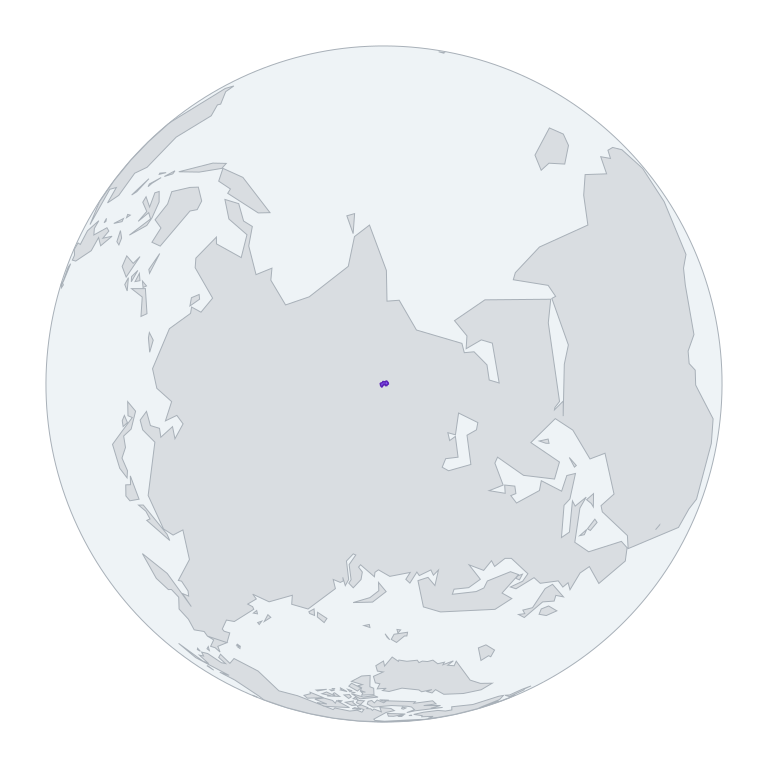 Nuristan highlighted on a globe, orthographic projection, rotated 189°
{"feature_id": "AFG-1761", "entity_name": "Nuristan", "entity_type": "Province", "adm_level": 1, "iso_a3": "AFG", "parent_name": "Afghanistan", "parent_adm1": "", "projection": "orthographic", "projection_center": [70.816, 35.467], "detail": "fine", "context": "on_globe", "style": "filled", "palette": "violet", "viewbox_px": 768, "rotation_deg": 189, "n_neighbors": 0, "source": "natural_earth", "source_scale": "10m", "svg_char_len": 12445}
<svg xmlns="http://www.w3.org/2000/svg" viewBox="0 0 768 768"><g transform="rotate(189 384 384)"><circle cx="384" cy="384" r="338" fill="#eef3f6" stroke="#a8b0b8"/><path d="M453.3,53.3L459.1,56.4L485.1,68.3L501.1,73.6L491.4,72.0L527.2,84.3L546.3,95.7L519.8,82.1L513.4,80.4L523.9,87.3L519.6,87.1L522.2,90.7L516.0,90.2L501.0,83.3L496.8,83.1L504.5,88.1L503.2,91.5L492.5,84.0L489.2,89.4L463.5,80.8L439.8,64.5L420.7,62.6L383.3,54.5L381.8,56.3L366.7,55.6L359.4,57.6L354.5,56.4L352.9,59.3L358.7,60.1L359.9,61.8L356.1,63.4L349.3,61.8L350.2,60.7L346.2,61.1L344.4,59.8L343.1,61.4L335.3,59.8L337.4,63.8L326.4,64.6L322.7,63.0L330.6,59.9L341.6,51.4L340.4,50.3L330.7,51.0L296.6,58.2L292.1,59.0L280.5,62.3L279.5,62.9L288.2,60.6L283.5,63.4L294.7,61.2L294.5,62.4L303.0,62.3L293.6,66.0L279.8,70.0L272.2,70.6L266.0,72.7L266.6,75.8L246.2,81.3L221.7,93.6L217.3,95.1L220.5,90.4L237.2,80.4L240.5,78.1L262.8,68.6L285.7,60.7L309.1,54.5L332.9,50.0L356.9,47.2L381.1,46.1L405.3,46.8L429.4,49.1L453.3,53.3ZM239.0,78.8L230.4,83.7L219.6,88.9L214.3,91.9L210.1,94.5L211.0,94.4L205.6,97.5L211.2,93.6L217.3,90.1L216.6,90.5L218.6,89.3L239.0,78.8ZM462.7,55.4L464.1,55.7L465.3,56.1L460.0,54.9L461.4,55.1L462.7,55.4ZM513.6,78.0L507.4,74.7L514.9,78.1L513.6,78.0ZM523.6,91.3L526.8,92.5L526.8,93.9L523.6,91.3ZM307.6,60.4L305.3,61.3L304.9,60.8L307.6,60.4ZM313.4,59.6L314.5,58.4L317.5,57.9L316.7,58.7L313.4,59.6ZM517.4,94.8L516.5,97.2L514.8,93.4L517.4,94.8ZM311.3,61.4L322.5,57.3L327.7,56.6L329.1,59.1L311.3,61.4ZM514.2,97.8L512.2,104.6L519.0,107.4L498.6,104.0L507.1,98.9L504.0,93.6L509.5,97.1L514.2,97.8ZM362.2,59.8L355.8,58.9L364.6,58.3L362.2,59.8ZM367.5,59.0L392.9,56.3L400.4,58.9L390.4,59.0L403.0,61.9L394.2,64.4L385.3,63.4L382.2,61.1L381.2,63.9L367.5,59.0ZM487.6,101.5L484.9,102.4L484.9,100.2L487.6,101.5ZM361.1,62.5L365.5,61.5L372.4,63.6L364.7,66.1L364.9,64.5L361.1,62.5ZM410.6,61.7L414.3,64.0L408.2,66.6L408.8,68.0L394.6,64.7L410.6,61.7ZM361.4,64.9L360.6,67.4L353.9,68.0L357.2,63.7L361.4,64.9ZM377.4,63.2L380.2,64.4L376.1,64.5L377.4,63.2ZM329.8,72.5L334.9,70.6L338.9,71.4L329.8,72.5ZM360.7,68.4L363.0,68.2L365.2,68.4L363.3,70.3L360.7,68.4ZM391.3,67.0L387.9,67.8L396.8,68.4L392.6,70.8L383.8,68.4L385.8,70.5L384.5,71.3L378.9,68.5L391.3,67.0ZM367.8,73.1L355.3,71.6L344.8,74.6L340.9,73.8L358.5,69.3L367.8,73.1ZM374.8,70.6L369.6,71.9L367.4,69.9L369.7,67.9L374.8,70.6ZM392.8,73.5L401.6,70.4L403.2,71.1L392.8,73.5ZM365.2,74.3L368.3,74.7L364.7,74.7L365.2,74.3ZM384.8,74.0L387.7,72.7L389.4,73.5L384.8,74.0ZM372.1,76.8L368.0,76.1L369.4,74.6L372.1,76.8ZM378.2,75.8L380.0,77.2L372.3,74.4L379.2,75.0L378.2,75.8ZM386.0,75.0L388.0,75.1L384.6,75.5L386.0,75.0ZM369.2,83.4L359.2,80.2L362.2,76.6L371.5,80.1L369.2,83.4ZM51.4,376.5L57.3,319.2L63.3,308.3L70.7,288.4L117.1,259.6L119.9,272.4L148.4,291.9L150.6,297.8L139.6,311.3L154.9,350.2L168.8,342.2L190.3,368.0L209.4,376.6L229.8,349.1L198.5,334.4L200.7,316.8L231.9,315.6L260.4,329.5L262.1,323.2L250.5,302.8L263.5,295.1L247.2,295.0L249.0,303.1L238.8,303.6L236.6,296.4L241.3,293.6L234.5,287.2L213.8,303.1L213.5,313.1L191.8,305.9L189.1,322.2L180.9,325.6L182.4,299.5L187.2,292.4L184.7,260.1L177.7,266.7L179.6,298.0L176.1,293.3L166.6,303.9L171.1,292.1L170.8,257.5L155.6,250.3L124.9,265.7L118.3,260.3L118.0,246.9L140.6,220.6L152.6,235.8L160.8,228.0L168.1,209.9L171.1,216.5L175.6,211.4L181.1,216.8L198.5,211.6L205.5,216.2L221.6,202.4L227.4,203.3L216.2,210.9L212.2,219.1L230.9,231.7L237.2,230.7L246.2,221.1L250.2,226.3L256.4,215.5L271.7,218.7L258.3,206.2L268.5,196.1L282.7,192.3L283.6,187.0L260.5,193.4L253.4,198.2L251.1,205.6L229.7,218.4L221.3,216.8L234.7,196.0L224.2,192.1L239.1,178.8L292.6,167.7L310.2,170.0L319.7,195.1L310.3,199.9L302.2,192.9L301.1,208.8L305.3,202.9L308.6,207.7L319.2,200.3L322.1,203.4L327.3,191.4L331.9,194.5L328.6,202.0L348.2,194.9L360.4,199.6L363.5,196.6L363.3,192.1L378.9,201.8L380.5,199.2L376.0,194.9L376.1,187.3L382.5,177.9L387.6,181.8L385.9,185.6L390.2,200.2L385.1,210.7L387.8,211.4L393.4,203.3L388.3,185.4L390.7,178.8L394.5,186.6L393.3,183.2L396.1,181.2L403.6,183.0L400.0,174.3L423.8,149.9L440.7,152.0L441.5,161.0L463.4,150.9L480.8,155.9L476.5,151.7L484.2,145.3L478.9,143.5L477.4,141.1L494.7,126.0L502.7,126.2L505.4,116.7L503.2,114.8L497.4,114.0L498.6,104.0L519.0,107.4L522.9,111.4L533.0,111.5L540.4,121.1L551.2,129.7L553.4,141.3L561.8,147.8L564.8,147.2L578.5,156.4L596.1,178.7L568.5,163.0L539.5,134.0L550.2,145.5L543.8,144.0L545.2,149.0L553.1,157.6L556.4,157.8L548.7,180.2L559.8,208.4L568.7,201.8L579.1,206.4L599.5,237.0L601.2,290.7L615.1,300.9L619.2,310.2L614.3,319.8L608.2,306.4L598.8,305.1L596.1,296.5L586.2,308.8L581.9,297.2L576.2,313.2L583.7,320.6L594.1,313.4L591.0,333.4L607.7,344.2L615.0,362.9L604.6,405.1L586.1,423.5L586.1,429.9L576.0,426.3L566.7,442.0L588.7,469.3L589.5,478.9L572.5,502.9L571.4,496.2L544.8,486.5L542.7,510.0L563.0,522.7L570.0,541.4L555.7,539.4L548.2,523.0L538.7,519.0L539.2,499.2L527.5,472.0L512.8,480.9L512.0,468.8L493.6,446.7L471.5,458.4L437.7,494.6L436.2,525.0L423.2,538.7L399.4,496.5L394.0,466.3L382.1,469.1L360.4,442.4L313.4,436.3L309.6,427.5L300.1,429.9L285.3,419.0L280.7,404.4L270.4,403.0L283.4,441.3L294.8,442.8L308.4,431.7L309.6,444.5L324.3,457.6L297.5,482.9L232.6,493.8L231.3,470.1L207.9,394.2L211.5,387.6L211.6,386.7L211.6,385.1L204.3,395.2L202.0,380.3L209.0,431.7L208.0,451.4L231.6,494.8L228.2,497.4L237.3,507.1L272.6,507.2L271.7,514.5L251.9,543.6L207.5,572.9L216.3,601.7L218.1,622.3L197.0,626.4L205.5,642.4L195.6,642.2L199.4,649.9L195.2,653.4L185.7,652.6L162.3,637.4L155.5,629.8L135.8,607.9L106.0,559.2L106.3,545.3L101.9,528.9L85.6,481.3L88.8,464.1L85.8,451.9L78.8,446.4L76.0,431.7L72.3,426.6L53.5,401.1L51.4,376.5ZM93.0,282.6L89.7,287.9L89.7,288.0L93.0,282.6ZM285.3,360.6L305.8,367.0L305.5,345.0L313.3,345.9L310.3,338.4L305.3,343.4L299.4,323.3L311.4,319.9L313.5,310.9L306.7,308.4L285.6,318.1L294.0,346.4L285.5,353.2L285.3,360.6ZM219.1,89.2L218.2,89.7L213.2,92.7L214.2,92.0L219.1,89.2ZM199.8,104.1L191.5,108.8L198.0,104.6L197.7,103.9L211.1,94.9L215.8,95.5L211.3,96.5L199.8,104.1ZM230.2,84.1L221.2,89.0L230.9,83.7L230.2,84.1ZM194.8,180.8L193.5,186.4L186.7,190.5L177.8,187.0L187.5,180.7L194.8,180.8ZM193.2,193.6L208.9,175.3L215.1,177.4L209.0,179.2L211.5,182.4L202.3,186.3L192.8,207.2L186.2,212.5L173.4,201.8L181.2,202.1L182.0,196.2L193.2,193.6ZM238.2,132.0L245.0,126.1L249.5,138.1L242.5,142.3L233.2,138.5L235.9,131.3L238.2,132.0ZM311.6,67.5L313.9,65.9L315.8,66.1L315.4,67.7L311.6,67.5ZM331.9,71.5L303.3,75.1L304.6,73.3L286.4,78.7L282.5,76.2L294.5,72.6L277.9,75.3L287.1,71.1L275.5,73.7L302.5,66.0L310.1,63.0L303.0,67.1L306.3,69.3L310.0,69.4L326.3,67.6L344.3,63.1L350.5,65.3L350.0,68.1L346.6,69.5L343.7,67.5L341.3,70.8L334.4,69.1L331.9,71.5ZM341.2,110.3L339.3,105.5L333.2,115.6L326.4,112.3L326.1,113.7L318.1,113.7L307.9,116.4L305.9,114.3L302.8,116.3L297.5,116.7L292.5,118.9L287.2,116.1L280.8,118.7L281.9,115.9L272.2,121.4L277.1,116.2L270.6,116.7L269.3,121.5L252.6,105.0L241.9,103.4L230.3,105.4L240.2,97.2L257.3,90.7L276.4,86.9L285.3,90.2L288.2,86.4L293.3,86.9L288.9,89.7L298.7,85.9L301.7,87.3L318.7,86.4L330.9,81.1L337.5,81.0L334.2,83.8L343.0,81.8L341.2,87.3L345.8,87.5L348.7,93.6L339.7,99.5L345.6,99.4L348.0,104.5L341.2,110.3ZM369.6,85.2L360.4,92.1L352.1,94.0L350.6,82.8L346.6,81.9L345.3,75.6L357.4,73.2L356.6,75.1L358.7,76.5L354.1,76.7L359.3,77.6L358.5,80.4L362.3,82.0L358.3,83.7L369.6,85.2ZM158.0,295.3L160.6,298.4L165.8,301.4L159.9,308.5L158.0,295.3ZM157.3,271.6L160.4,272.8L154.6,283.5L151.9,280.6L157.3,271.6ZM167.0,264.8L161.0,272.1L162.6,266.5L167.0,264.8ZM219.6,211.7L223.4,212.7L221.9,215.4L217.5,217.8L219.6,211.7ZM321.9,142.5L322.0,138.7L324.4,138.3L331.2,130.7L336.9,132.9L334.9,138.4L321.9,142.5ZM221.7,352.0L213.3,355.3L211.7,351.2L214.9,350.8L221.7,352.0ZM182.9,331.7L189.5,340.4L181.3,333.6L182.9,331.7ZM329.1,143.7L331.3,140.2L332.8,143.6L329.1,143.7ZM341.3,134.3L343.9,137.5L338.4,132.3L341.3,134.3ZM376.7,720.1L382.0,720.7L376.1,720.7L376.7,720.1ZM270.7,633.7L260.7,662.8L246.0,658.9L239.1,648.5L239.9,629.5L255.6,627.9L262.2,619.7L270.7,633.7ZM632.2,558.7L638.8,555.9L638.4,557.2L632.2,558.7ZM625.5,558.5L633.4,554.6L623.8,561.9L625.5,558.5ZM636.4,553.0L644.5,546.0L647.9,542.0L647.0,544.9L636.4,553.0ZM619.9,561.5L587.6,575.4L574.3,577.2L577.9,571.6L599.6,564.4L619.9,561.5ZM576.8,571.8L555.7,566.0L523.4,535.4L535.0,533.3L568.2,547.9L566.2,552.6L579.0,558.5L576.8,571.8ZM625.9,527.9L623.7,540.8L606.4,547.8L598.2,549.4L592.7,536.2L595.8,527.0L602.7,524.5L626.6,485.2L635.4,487.7L628.7,503.2L635.8,510.4L625.9,527.9ZM438.0,527.7L447.0,544.3L439.7,547.7L438.0,527.7ZM634.2,460.4L625.9,477.8L632.9,456.6L634.2,460.4ZM637.1,441.7L638.7,447.9L633.9,443.7L637.1,441.7ZM587.7,439.1L580.6,443.5L579.4,438.9L587.9,430.7L587.7,439.1ZM620.4,378.7L623.9,392.7L623.8,398.1L618.8,391.2L620.4,378.7ZM380.3,163.3L364.5,170.8L356.8,179.0L358.4,187.2L349.4,179.3L361.2,166.8L380.3,163.3ZM417.9,150.9L416.4,144.5L421.5,145.7L422.6,147.3L417.9,150.9ZM413.9,148.1L403.7,143.5L405.8,139.0L413.4,143.5L413.9,148.1ZM366.0,142.3L360.9,144.2L359.8,141.3L366.0,142.3ZM638.1,606.7L634.8,610.1L587.0,651.1L578.9,654.9L586.1,648.0L589.1,634.9L592.2,633.6L596.6,621.9L627.9,595.3L651.9,561.0L663.2,553.2L675.5,528.8L685.4,519.6L679.1,536.2L685.3,533.4L699.3,495.5L693.5,519.6L682.2,543.0L669.2,565.3L654.4,586.6L638.1,606.7ZM648.3,550.0L658.3,535.2L662.8,531.2L648.3,550.0ZM709.8,462.8L711.0,468.4L708.3,475.5L705.8,474.3L700.8,489.0L691.2,500.7L694.4,492.4L693.9,485.8L682.1,495.0L679.7,492.0L684.5,484.0L675.7,487.4L685.5,476.2L688.8,484.0L694.0,469.9L701.6,462.9L707.7,457.2L711.2,457.6L709.8,462.8ZM684.1,501.1L685.7,499.5L684.0,504.2L684.1,501.1ZM718.5,430.1L718.5,431.6L718.3,433.4L718.1,434.5L718.5,430.1ZM712.3,453.8L716.6,435.5L717.3,433.5L714.2,450.1L712.3,453.8ZM716.2,431.7L717.6,428.7L717.9,431.7L717.5,434.0L716.2,431.7ZM664.3,508.0L663.7,511.4L661.0,511.1L664.3,508.0ZM668.1,503.4L676.0,500.3L667.2,506.7L668.1,503.4ZM640.4,510.5L643.2,516.4L652.2,506.2L645.3,517.3L650.7,525.8L648.3,531.7L643.2,522.1L640.2,537.0L636.2,539.0L634.6,528.6L639.1,511.9L643.1,503.5L658.8,491.2L640.4,510.5ZM668.3,494.3L666.0,487.1L667.6,479.9L670.1,482.8L668.3,494.3ZM658.1,470.3L650.6,463.9L644.9,471.7L655.4,449.3L661.0,459.1L658.1,470.3ZM650.1,450.6L644.9,457.7L649.6,445.4L650.1,450.6ZM642.9,455.0L641.2,447.9L645.9,446.2L642.9,455.0ZM653.1,449.1L652.2,435.7L655.6,441.7L653.1,449.1ZM636.4,432.1L648.3,438.7L634.6,440.9L629.1,416.4L634.6,412.7L636.4,432.1ZM635.5,312.3L631.4,305.8L635.0,301.1L636.8,306.8L635.5,312.3ZM642.7,281.9L634.6,297.8L627.4,311.5L631.9,312.6L634.4,326.5L625.1,318.3L626.7,299.9L633.0,291.9L629.4,280.9L631.2,269.9L623.8,258.2L623.1,251.1L631.8,259.4L642.7,281.9ZM620.2,253.6L607.9,231.9L616.7,228.9L621.4,233.0L623.3,244.0L618.6,244.9L620.2,253.6ZM607.5,226.0L602.8,226.8L574.8,201.7L571.1,195.9L597.0,212.2L594.0,214.1L599.3,221.1L607.5,226.0ZM488.2,104.1L485.2,102.6L488.8,102.9L488.2,104.1ZM474.3,140.4L473.0,137.2L477.2,137.3L474.3,140.4ZM471.5,128.6L467.6,130.7L469.6,126.9L471.5,128.6ZM459.3,135.8L465.1,130.7L462.6,138.0L459.3,135.8Z" fill="#d9dde1" stroke="#a8b0b8" stroke-width="1"/><path d="M385.7,380.7L385.9,380.8L386.0,380.9L386.1,381.0L386.4,381.1L386.5,381.2L386.6,381.4L386.7,381.5L386.9,381.7L386.9,381.8L387.1,382.1L387.1,382.3L387.3,382.5L387.3,382.8L387.2,383.0L387.3,383.2L387.6,383.4L387.7,383.5L387.7,383.8L387.7,384.0L387.4,384.3L387.1,384.5L386.8,384.7L386.7,384.7L386.0,384.9L385.9,385.0L385.7,385.3L385.7,385.5L385.5,385.9L385.5,386.1L385.4,386.1L385.2,386.1L385.1,386.3L384.9,386.3L384.8,386.2L384.7,386.2L384.4,386.3L384.2,386.3L383.9,386.3L383.7,386.2L383.4,386.1L383.2,386.0L383.1,386.3L382.8,386.8L382.7,386.9L382.5,387.1L382.2,387.2L381.9,387.3L381.6,387.2L381.4,387.1L381.2,386.9L381.0,386.6L380.9,386.3L380.8,386.2L380.4,386.1L380.2,386.1L380.1,385.8L380.1,385.7L379.9,385.3L379.9,385.0L379.9,384.9L379.7,384.7L379.8,384.5L380.2,384.3L380.3,384.1L380.4,383.9L380.5,383.9L380.5,384.0L380.7,383.9L380.8,383.9L380.9,383.7L380.9,383.4L381.1,383.3L381.1,383.2L381.1,382.9L381.5,382.9L381.7,382.7L381.8,382.7L382.0,382.6L382.3,382.8L382.5,383.0L382.7,383.3L382.8,383.5L382.7,383.5L382.7,383.8L382.7,384.0L382.8,384.1L383.0,384.1L383.2,383.9L383.2,383.7L383.3,383.6L383.5,383.7L383.6,383.8L383.9,383.8L384.1,383.9L384.3,383.8L384.3,383.7L384.3,383.4L384.2,383.4L384.3,383.3L384.2,383.3L384.2,383.2L384.3,383.2L384.5,383.0L384.8,382.8L384.9,382.7L384.8,382.4L384.7,382.4L384.7,382.2L384.8,382.1L385.0,382.0L385.0,381.9L385.2,381.7L385.3,381.3L385.3,381.2L385.5,380.9L385.6,380.7L385.7,380.7Z" fill="#8b5cf6" stroke="#5b21b6" stroke-width="1.5"/></g></svg>